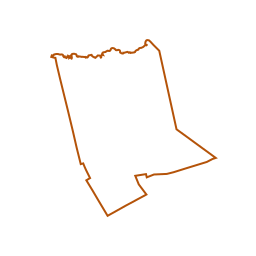 Vicente López, Buenos Aires, Argentina, rotated 285°
{"feature_id": "61730980B14767108287685", "entity_name": "Vicente López", "entity_type": "district", "adm_level": 2, "iso_a3": "ARG", "parent_name": "Argentina", "parent_adm1": "Buenos Aires", "projection": "robinson", "projection_center": [-58.476, -34.529], "detail": "fine", "context": "isolated", "style": "outline", "palette": "amber", "viewbox_px": 256, "rotation_deg": 285, "n_neighbors": 0, "source": "geoboundaries", "source_scale": "gbopen_adm2", "svg_char_len": 4838}
<svg xmlns="http://www.w3.org/2000/svg" viewBox="0 0 256 256"><g transform="rotate(285 128 128)"><path d="M178.4,35.6L176.8,35.5L176.8,38.6L177.0,39.7L170.5,42.9L157.7,49.8L129.0,65.6L110.6,75.6L95.7,83.5L80.9,91.7L82.2,93.9L79.3,96.1L76.6,98.3L69.8,104.3L66.7,101.3L58.0,110.4L51.2,117.3L37.9,131.0L52.2,145.7L68.5,163.0L76.3,153.0L76.7,152.7L83.7,147.4L88.1,157.3L85.2,158.9L89.8,165.1L93.7,177.4L97.1,183.5L104.2,194.7L115.6,212.9L120.0,217.7L121.8,220.5L139.3,175.2L210.5,138.3L210.7,138.2L214.8,131.1L217.2,127.3L218.1,125.5L217.9,123.8L217.8,123.7L217.5,123.2L217.2,123.0L216.6,122.8L216.2,122.7L215.8,122.7L215.5,122.6L214.8,122.7L214.4,122.8L214.1,122.8L213.9,122.8L213.4,123.1L213.2,123.2L213.1,123.5L213.0,123.9L213.1,124.2L213.2,124.4L213.2,124.5L212.9,124.6L212.6,124.4L212.6,123.9L212.4,123.3L212.2,123.0L212.0,122.8L211.1,122.3L210.8,122.1L210.7,122.0L210.5,121.9L210.0,121.5L209.7,121.1L209.4,120.7L209.2,120.5L209.0,120.3L208.8,120.0L208.6,119.3L208.2,118.5L208.1,118.4L207.9,118.2L207.4,117.9L207.2,117.9L206.9,117.8L206.6,117.8L206.4,117.7L206.2,117.5L206.2,117.3L206.0,117.2L205.9,117.0L205.7,116.6L205.6,116.4L205.3,116.2L205.0,115.8L204.7,115.6L204.4,115.4L204.2,115.3L203.6,115.1L203.4,115.1L203.2,115.1L203.0,114.8L202.6,114.4L202.4,114.1L202.4,113.7L202.2,113.3L202.0,113.0L201.9,112.6L201.7,112.0L201.6,111.7L201.4,111.5L201.2,111.2L201.4,110.9L201.5,110.7L201.6,110.4L201.3,110.2L201.2,110.2L201.2,109.9L201.3,109.7L201.2,109.6L200.9,109.3L201.0,109.0L201.1,108.7L201.4,108.1L201.3,107.9L201.3,107.5L201.0,107.1L200.8,106.8L200.7,106.6L200.1,105.5L199.6,104.7L199.2,104.4L199.3,104.1L199.2,104.1L198.8,104.0L198.7,103.9L198.6,103.7L198.5,103.2L198.5,102.4L198.8,101.2L198.9,100.9L199.0,100.8L199.4,100.8L200.0,100.6L200.5,100.2L200.8,99.9L201.0,99.2L201.0,98.8L201.0,98.5L200.9,98.2L200.7,98.0L200.3,97.2L200.2,96.9L200.1,96.5L200.1,96.1L200.2,95.9L200.4,95.8L200.6,95.6L200.8,95.4L200.8,95.0L201.0,94.5L201.1,94.3L201.3,94.0L201.3,93.7L201.3,93.4L201.3,93.1L201.3,92.6L201.2,92.3L201.0,91.9L200.8,91.6L200.7,91.4L200.4,91.3L200.1,91.1L199.8,91.0L199.2,91.0L198.8,90.9L198.6,90.9L198.3,90.7L198.1,90.6L197.9,90.5L197.7,90.4L197.6,90.1L197.6,89.7L197.4,89.2L197.4,88.8L197.4,88.4L197.3,88.1L197.2,88.0L197.0,87.8L196.5,87.4L196.2,87.0L196.0,86.8L195.6,86.6L195.5,86.4L195.3,85.9L195.2,85.7L194.6,84.4L194.4,84.3L194.1,84.2L193.9,84.2L193.5,83.8L193.0,83.8L192.7,83.9L192.6,84.3L192.3,84.7L192.1,84.9L192.1,84.7L192.2,84.3L192.0,83.9L191.9,83.7L191.6,83.6L191.2,83.6L190.1,83.7L189.5,83.8L189.2,83.8L189.0,83.5L189.2,83.3L189.3,83.2L190.2,82.9L190.6,82.7L190.6,82.4L190.6,82.2L190.6,81.9L190.5,81.2L190.3,80.4L190.3,80.2L190.1,80.1L189.9,79.9L189.3,79.5L189.0,79.4L188.7,79.2L188.1,78.7L187.7,78.6L187.3,78.2L187.4,77.9L187.5,77.8L187.6,77.6L187.5,77.0L187.6,76.8L187.7,76.6L187.8,76.5L187.8,76.2L187.8,75.8L188.2,74.9L188.4,74.5L188.9,74.2L189.2,73.9L189.1,73.5L188.8,73.1L188.3,72.0L188.0,71.3L187.8,71.1L187.6,71.0L187.4,71.0L187.0,71.0L186.7,71.0L186.3,70.9L185.9,70.7L185.6,70.5L185.4,69.8L185.4,69.7L185.7,69.5L185.7,69.4L185.4,69.2L185.2,69.1L185.1,68.9L185.4,68.7L185.5,68.6L185.6,68.3L185.4,68.0L185.3,67.3L185.2,66.9L185.1,66.2L185.0,65.7L184.9,65.4L184.9,65.2L184.7,64.9L184.7,64.6L184.7,63.9L184.6,63.2L184.5,62.8L184.5,62.3L184.5,61.9L184.5,61.6L184.4,61.3L184.1,60.7L183.8,60.8L183.8,60.6L184.0,60.1L184.3,59.8L184.5,59.7L185.0,59.5L185.2,59.4L185.4,59.2L185.7,58.8L185.8,58.6L185.7,58.1L185.8,57.6L185.8,57.0L185.7,56.5L185.4,55.7L185.3,55.4L185.1,55.2L184.8,54.7L184.1,54.5L183.9,54.4L183.6,54.5L183.3,54.8L183.1,54.9L182.6,55.0L182.4,55.0L182.1,55.2L181.8,55.1L181.7,55.3L181.4,55.5L181.2,55.4L180.9,55.4L180.8,55.5L180.5,55.6L180.4,55.5L180.5,55.3L180.8,55.2L180.9,54.7L181.0,54.5L181.1,54.4L181.3,54.1L181.3,53.9L181.0,54.0L181.0,53.9L180.9,53.6L180.7,53.4L180.8,53.4L181.0,53.2L181.3,53.1L181.5,53.0L181.9,52.9L182.0,52.9L181.9,52.8L181.7,52.7L181.4,52.6L181.5,52.4L181.5,52.2L181.4,52.2L181.2,52.1L181.3,52.0L181.7,51.9L181.9,51.7L182.1,51.7L182.2,51.4L181.9,51.4L181.5,50.9L181.4,50.8L181.2,50.8L180.8,50.9L180.7,50.8L180.4,50.8L180.2,50.7L179.7,50.5L179.7,50.4L179.9,50.3L179.9,50.1L180.1,50.0L180.1,49.9L180.1,49.6L180.0,49.3L180.0,49.1L179.9,49.0L179.9,48.9L180.3,48.9L180.6,48.6L180.4,48.5L180.4,48.3L180.6,48.2L180.3,47.9L180.2,47.9L180.0,47.7L180.2,47.4L180.4,47.3L180.5,47.2L180.7,46.8L181.0,46.7L181.3,46.6L181.7,46.2L181.8,46.0L181.9,45.8L181.9,45.5L181.9,44.9L181.8,44.6L181.6,44.3L181.6,44.0L181.4,43.7L181.3,43.4L181.3,43.2L181.3,42.6L181.3,42.1L181.4,41.8L181.3,41.4L181.2,40.6L181.1,40.3L181.0,39.9L180.8,39.3L180.5,38.8L180.4,38.5L180.3,38.4L180.2,38.3L180.1,38.1L180.0,37.8L179.8,37.5L179.7,37.4L179.4,37.4L179.0,37.3L178.9,37.2L179.0,37.0L178.9,36.9L178.6,36.8L178.5,36.7L178.5,36.2L178.5,35.8L178.4,35.7L178.4,35.6Z" fill="none" stroke="#b45309" stroke-width="2"/></g></svg>